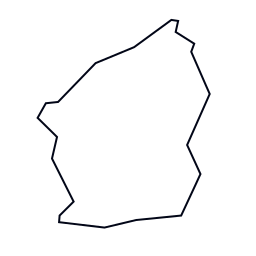 Fangak, Jonglei, South Sudan (Robinson projection), rotated 168°
{"feature_id": "79223893B14796875108361", "entity_name": "Fangak", "entity_type": "district", "adm_level": 2, "iso_a3": "SSD", "parent_name": "South Sudan", "parent_adm1": "Jonglei", "projection": "robinson", "projection_center": [30.661, 9.044], "detail": "fine", "context": "isolated", "style": "outline", "palette": "ink", "viewbox_px": 256, "rotation_deg": 168, "n_neighbors": 0, "source": "geoboundaries", "source_scale": "gbopen_adm2", "svg_char_len": 433}
<svg xmlns="http://www.w3.org/2000/svg" viewBox="0 0 256 256"><g transform="rotate(168 128 128)"><path d="M56.7,222.3L63.1,224.7L105.2,205.8L146.2,198.2L191.0,168.0L203.2,169.3L214.3,156.7L199.3,134.0L208.7,113.9L196.5,67.3L213.1,56.6L215.0,50.2L171.7,35.5L139.1,36.3L94.2,31.3L74.0,58.1L66.7,67.9L73.7,99.1L41.0,144.3L43.0,153.8L50.3,189.4L45.7,196.7L61.4,212.0L56.7,222.3Z" fill="none" stroke="#020617" stroke-width="2"/></g></svg>